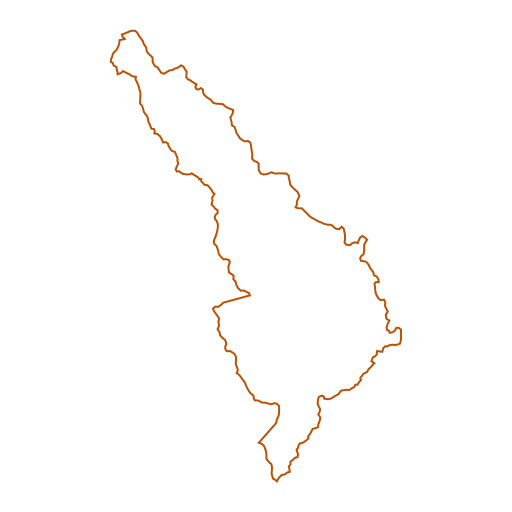 the district of Arenópolis, Goiás, Brazil
{"feature_id": "56859067B45082876942592", "entity_name": "Arenópolis", "entity_type": "district", "adm_level": 2, "iso_a3": "BRA", "parent_name": "Brazil", "parent_adm1": "Goiás", "projection": "robinson", "projection_center": [-51.603, -16.343], "detail": "fine", "context": "isolated", "style": "outline", "palette": "amber", "viewbox_px": 512, "rotation_deg": 0, "n_neighbors": 0, "source": "geoboundaries", "source_scale": "gbopen_adm2", "svg_char_len": 5416}
<svg xmlns="http://www.w3.org/2000/svg" viewBox="0 0 512 512"><path d="M250.5,142.8L247.9,140.9L246.0,141.4L244.0,141.1L240.0,138.4L236.6,133.1L234.6,127.0L231.9,125.4L231.6,121.9L230.3,117.6L232.7,113.4L233.2,110.0L228.1,108.0L225.4,106.5L222.7,104.1L215.8,103.6L213.2,102.8L210.6,99.6L207.0,97.4L204.1,94.8L203.0,92.1L202.9,89.5L200.9,88.1L198.5,89.5L196.3,89.1L195.4,87.0L196.5,84.4L192.3,81.9L190.4,80.3L188.3,79.6L186.2,77.3L186.7,71.7L184.7,68.8L183.6,66.8L181.1,65.4L177.6,67.8L174.5,68.7L172.5,70.1L169.6,70.4L163.8,73.8L161.1,72.7L159.1,69.7L157.4,67.2L155.1,66.2L152.8,62.7L152.5,57.4L148.2,53.5L146.6,50.8L146.2,47.7L143.5,43.4L142.8,40.9L139.3,36.3L137.0,32.4L135.1,30.8L132.8,30.7L130.6,31.0L125.5,33.2L121.9,34.5L122.6,36.8L124.7,39.0L121.9,39.7L119.6,40.1L119.1,44.2L118.1,46.8L116.4,50.1L114.2,52.1L113.0,53.6L112.2,56.6L110.9,59.5L110.9,62.1L112.7,62.8L113.7,65.6L116.5,67.0L116.7,69.4L117.4,71.9L117.7,74.3L121.0,73.0L122.9,71.1L124.8,72.0L126.6,73.0L129.4,74.2L130.9,75.5L133.3,76.5L135.9,76.7L135.5,79.4L136.7,81.6L137.6,83.7L138.8,86.5L139.4,89.4L140.4,92.4L140.4,96.3L140.1,99.7L140.1,103.6L142.2,106.0L143.1,109.0L143.9,111.9L145.5,114.3L147.0,116.0L147.9,118.5L148.3,121.3L149.9,124.7L151.4,128.8L154.1,129.1L154.8,131.3L154.3,133.4L157.3,133.9L159.8,136.0L161.1,138.0L162.2,140.1L162.9,142.5L165.7,142.1L168.0,143.6L168.5,145.8L170.5,149.3L172.0,151.0L174.9,151.9L176.5,155.7L177.6,158.5L177.4,160.8L178.2,163.6L176.6,166.9L175.7,169.6L176.9,171.5L179.5,171.4L181.3,173.1L183.8,174.1L186.9,174.4L189.8,174.4L191.6,173.3L194.4,175.2L196.6,176.4L198.4,177.7L199.4,179.4L201.2,179.0L201.2,181.1L202.8,182.9L204.6,184.9L207.5,185.2L209.7,187.5L211.7,190.3L212.6,192.3L214.5,193.9L213.0,196.2L212.1,197.9L212.5,200.4L212.0,202.7L211.5,204.7L213.7,206.6L214.9,208.4L217.5,210.2L217.7,212.9L215.8,214.6L214.6,217.2L215.2,219.2L216.6,220.8L217.7,223.6L217.9,227.1L217.1,231.8L215.3,237.4L214.3,239.5L213.7,241.8L214.3,243.8L216.4,245.8L217.9,249.7L218.6,253.1L219.6,255.2L223.3,259.3L226.3,259.2L229.0,260.1L229.8,262.1L228.4,266.4L228.6,270.0L229.1,272.7L231.1,273.8L233.5,275.6L233.4,279.3L235.6,281.7L236.3,284.7L237.8,287.8L240.8,290.7L243.7,290.5L247.0,292.1L249.1,293.3L249.9,295.4L223.2,302.7L221.6,304.4L218.1,306.9L215.3,306.6L212.9,308.7L214.1,311.2L215.7,313.5L217.9,316.5L219.1,318.6L218.4,322.0L219.1,325.6L217.6,329.2L219.4,331.9L220.2,335.5L222.5,337.8L225.0,339.9L225.9,342.0L226.3,344.3L225.3,346.2L225.2,348.6L226.7,351.2L230.2,351.1L233.4,353.1L235.1,354.7L236.1,357.5L235.9,360.9L235.8,364.5L237.3,367.9L237.8,370.3L236.7,373.1L238.5,374.3L240.3,376.2L242.8,379.9L244.9,382.5L246.0,385.6L247.3,388.1L248.5,390.4L249.9,392.6L251.5,394.1L253.4,395.4L253.7,398.4L254.9,400.4L257.1,400.4L259.0,400.8L260.6,402.0L262.9,402.7L265.3,402.7L268.0,403.5L271.7,404.3L273.9,403.2L276.5,403.5L279.1,406.1L279.1,408.5L279.1,411.1L278.8,415.0L277.9,417.3L276.8,419.5L276.4,422.4L274.6,425.0L273.0,426.6L258.8,442.8L261.9,444.0L264.1,446.0L265.9,450.9L266.4,454.2L266.4,456.6L266.6,459.3L268.3,461.1L269.6,462.8L271.2,463.9L272.0,466.8L271.9,470.3L271.6,473.9L273.1,478.7L274.9,479.6L276.9,481.3L278.9,477.8L281.7,475.0L285.1,474.3L287.0,472.6L289.8,471.8L288.9,466.2L290.5,464.6L290.4,461.7L293.4,459.4L295.2,457.6L297.5,457.3L298.0,454.4L297.1,451.6L296.6,449.5L298.1,447.9L298.6,445.1L300.0,443.3L301.8,443.2L304.5,441.7L306.8,439.9L308.4,438.5L308.1,436.5L309.4,434.7L310.8,432.7L312.6,428.9L315.7,428.1L318.1,427.1L318.3,424.3L319.7,420.7L320.4,417.7L318.3,414.5L319.3,412.6L320.2,409.4L318.9,406.6L317.6,403.8L318.0,399.7L318.8,397.0L321.9,395.6L323.9,396.6L324.2,398.6L326.3,399.0L329.0,399.1L331.3,398.4L333.3,397.2L335.8,395.6L338.3,394.3L341.1,390.7L343.4,390.2L346.5,389.8L349.4,390.0L351.9,388.2L354.4,386.9L355.3,384.7L357.5,384.7L359.0,382.2L360.9,380.3L360.3,378.1L361.8,376.1L363.5,373.7L367.0,372.0L368.5,369.2L371.4,366.6L372.8,364.7L374.3,363.2L371.5,361.3L372.8,357.4L374.8,356.4L376.6,354.8L377.2,350.9L379.6,351.5L382.3,351.8L383.2,348.3L385.3,346.2L387.3,346.6L388.8,345.4L392.2,344.7L395.2,345.1L397.1,344.7L400.0,343.7L400.8,340.5L401.1,338.0L400.9,334.7L401.1,329.7L398.6,327.8L396.3,327.9L394.6,330.9L392.2,332.4L389.7,332.8L389.0,330.7L387.1,330.1L386.6,327.4L387.3,324.9L388.1,323.0L389.3,320.5L386.3,318.6L385.8,314.6L387.8,311.7L385.0,306.0L385.3,302.3L384.1,299.7L380.5,300.1L378.2,298.1L376.0,294.1L375.2,290.1L375.1,287.1L374.4,283.7L375.8,282.1L378.7,282.2L378.5,279.4L376.7,276.5L373.9,275.2L373.2,272.0L371.4,269.7L369.9,267.7L368.8,265.0L366.3,261.9L363.9,261.2L360.8,260.8L360.1,258.0L361.5,255.8L363.5,254.3L364.1,251.2L364.2,248.1L364.2,244.7L365.9,241.4L367.1,239.7L365.1,237.7L362.4,236.0L360.4,237.1L358.8,240.2L357.8,243.1L354.8,242.3L352.1,243.2L350.0,245.2L346.1,244.6L344.5,242.4L345.1,239.1L345.0,236.4L344.9,234.1L344.3,231.6L343.7,228.6L341.5,226.8L339.2,229.2L336.3,228.8L334.3,227.7L332.9,226.1L331.0,224.8L327.6,224.7L323.3,223.6L321.2,222.4L318.1,221.3L313.2,218.5L310.8,217.2L308.7,215.4L307.3,213.7L305.4,211.9L301.8,208.3L298.2,208.3L295.6,207.4L296.9,204.4L296.8,201.9L298.0,198.9L299.4,195.9L297.6,192.0L292.1,187.1L290.1,184.4L289.8,181.6L288.9,178.1L288.6,175.4L286.1,173.5L281.2,173.4L277.9,173.4L275.2,173.6L271.5,172.3L268.1,173.7L266.1,174.1L263.9,174.5L260.9,173.6L258.8,170.4L258.7,167.8L258.6,163.4L256.2,161.6L254.2,161.0L252.1,158.6L252.3,154.4L251.7,150.8L250.5,142.8Z" fill="none" stroke="#b45309" stroke-width="2"/></svg>